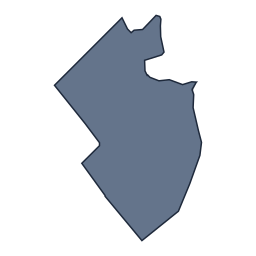 Chegutu Urban, Mashonaland West, Zimbabwe (Natural Earth projection)
{"feature_id": "62879985B25835202040787", "entity_name": "Chegutu Urban", "entity_type": "district", "adm_level": 2, "iso_a3": "ZWE", "parent_name": "Zimbabwe", "parent_adm1": "Mashonaland West", "projection": "natural_earth1", "projection_center": [30.15, -18.125], "detail": "fine", "context": "isolated", "style": "filled", "palette": "slate", "viewbox_px": 256, "rotation_deg": 0, "n_neighbors": 0, "source": "geoboundaries", "source_scale": "gbopen_adm2", "svg_char_len": 866}
<svg xmlns="http://www.w3.org/2000/svg" viewBox="0 0 256 256"><path d="M156.1,15.4L142.6,29.5L134.1,30.2L131.1,32.7L127.5,29.0L122.0,17.8L105.1,34.7L54.5,85.3L85.0,123.4L99.5,142.7L99.5,145.7L81.8,163.3L105.1,195.5L105.1,196.3L141.9,240.6L178.4,211.2L189.8,183.6L199.9,155.4L201.5,142.4L198.4,130.5L193.1,107.7L193.7,94.7L193.4,93.7L193.4,93.4L193.1,92.7L192.8,92.0L192.8,91.6L192.5,91.0L192.5,90.6L192.2,90.3L192.2,89.9L192.2,89.6L192.2,89.3L192.5,89.3L192.5,88.9L192.8,88.6L192.8,88.2L193.1,87.9L193.4,87.5L193.4,87.2L193.7,86.9L194.0,86.5L194.0,86.2L194.3,85.5L194.9,84.8L195.2,84.1L195.5,83.4L195.8,83.1L196.1,82.4L196.4,82.1L191.7,81.8L182.6,84.6L169.3,79.7L158.9,80.8L149.9,77.3L147.7,75.0L147.2,75.4L145.0,70.9L144.6,60.3L161.7,54.9L164.0,52.1L160.7,36.7L160.4,25.9L160.9,19.2L159.8,16.5L156.1,15.4Z" fill="#64748b" stroke="#1e293b" stroke-width="1.5"/></svg>